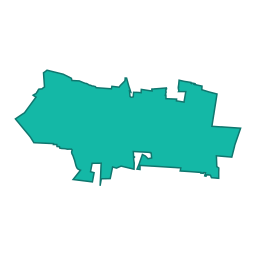 Venado, San Luis Potosí, Mexico
{"feature_id": "50627088B34430901612565", "entity_name": "Venado", "entity_type": "district", "adm_level": 2, "iso_a3": "MEX", "parent_name": "Mexico", "parent_adm1": "San Luis Potosí", "projection": "mercator", "projection_center": [-101.049, 22.921], "detail": "fine", "context": "isolated", "style": "filled", "palette": "teal", "viewbox_px": 256, "rotation_deg": 0, "n_neighbors": 0, "source": "geoboundaries", "source_scale": "gbopen_adm2", "svg_char_len": 3697}
<svg xmlns="http://www.w3.org/2000/svg" viewBox="0 0 256 256"><path d="M218.8,169.3L218.8,168.0L216.8,166.6L216.4,155.8L218.8,156.0L231.8,157.1L234.4,146.9L234.8,145.0L240.2,129.4L240.6,128.2L221.9,126.9L221.4,126.9L221.0,126.9L220.7,126.9L211.9,126.3L213.4,116.8L213.5,116.3L213.6,115.3L213.8,114.5L214.0,113.2L214.2,111.8L216.3,98.6L217.0,94.0L208.5,91.8L201.8,89.7L202.0,86.1L196.9,85.0L196.7,85.0L196.3,84.8L196.1,84.8L195.4,84.6L195.0,84.6L195.1,83.7L194.7,83.6L194.3,83.5L194.2,84.1L193.7,84.1L193.6,83.4L193.3,83.3L191.8,83.0L191.5,83.5L190.7,82.9L190.8,82.4L184.4,81.4L179.1,80.2L178.7,84.4L178.3,87.0L178.6,87.0L178.6,87.4L178.5,87.7L178.4,87.9L178.3,88.9L178.6,89.4L178.7,89.8L178.7,90.4L178.8,91.0L178.5,91.6L185.8,91.6L185.7,92.2L184.0,102.1L176.9,100.9L176.4,100.8L176.6,99.1L166.0,98.7L165.9,95.4L165.3,95.4L165.3,95.2L165.4,94.9L165.5,94.9L165.6,94.7L165.6,94.4L165.7,94.2L165.6,93.9L165.7,93.7L165.7,93.3L165.7,93.2L165.9,92.9L165.9,92.7L166.0,92.5L166.0,92.4L166.1,92.2L166.0,91.9L166.0,91.7L165.9,91.6L165.9,91.4L165.8,91.2L165.9,90.9L165.8,90.7L165.8,90.4L165.9,90.2L165.9,89.9L165.9,89.7L166.0,89.5L166.0,89.4L166.0,89.2L166.3,89.1L166.3,88.9L166.5,88.8L166.5,88.7L166.5,88.4L166.6,88.2L166.8,88.0L167.0,87.9L155.9,88.8L155.7,88.8L154.2,88.9L153.8,89.0L153.4,89.0L153.2,89.0L152.6,89.0L152.2,89.0L151.8,89.1L152.1,90.9L150.5,90.8L149.7,90.7L141.3,89.4L141.1,92.7L137.8,92.4L133.6,92.3L133.4,94.3L133.4,94.5L133.3,96.0L133.3,96.8L132.2,97.2L131.9,97.2L131.1,97.3L130.7,97.1L130.0,96.5L129.9,95.9L129.9,95.2L129.8,94.5L129.7,93.2L129.7,92.5L129.6,91.9L129.5,91.2L130.7,91.9L129.2,87.3L128.9,86.5L126.6,78.1L125.2,78.0L125.0,80.4L124.6,81.2L124.2,81.6L120.2,85.6L119.9,86.1L119.5,86.5L119.4,86.8L119.2,87.1L118.9,87.2L117.8,87.0L111.9,86.3L111.4,88.8L97.4,87.8L96.1,87.7L95.4,86.6L94.1,86.3L93.6,86.1L92.7,86.1L92.0,85.9L91.1,85.5L90.6,85.2L89.9,85.3L88.4,84.6L87.8,84.1L87.1,83.8L86.7,83.6L86.4,83.6L86.1,83.4L85.5,83.4L84.7,83.2L84.4,83.0L84.0,82.9L79.2,80.9L71.9,80.5L71.7,79.6L71.5,78.9L71.4,78.3L63.2,74.2L47.0,70.2L45.1,71.7L43.5,72.8L44.5,87.0L43.7,87.5L42.7,88.2L42.0,88.9L38.9,89.1L38.7,89.5L38.0,90.2L37.5,91.7L37.2,92.0L36.9,92.0L36.1,93.6L35.5,93.8L33.1,95.2L33.6,95.6L36.0,97.1L31.3,103.5L24.5,112.8L22.0,114.4L15.4,118.9L15.8,119.4L24.3,129.7L30.2,136.8L33.9,142.7L53.5,143.6L53.4,144.5L56.8,144.5L57.0,146.5L59.5,146.7L59.6,147.3L59.8,148.1L61.6,148.5L65.2,148.7L67.4,149.2L69.8,149.1L70.9,149.2L71.0,149.1L71.5,149.2L71.7,149.6L71.9,149.8L72.2,150.1L72.0,150.8L71.7,151.3L71.7,151.5L71.6,152.3L72.0,153.9L72.8,155.3L73.2,156.4L74.6,160.4L75.6,164.3L76.0,165.8L76.5,167.0L76.9,167.9L77.5,168.6L77.9,169.0L78.4,169.3L79.9,170.0L80.5,170.2L73.1,179.5L92.4,181.9L94.1,172.7L90.5,171.7L92.1,163.3L101.2,163.2L101.0,166.5L100.4,180.6L100.3,180.9L100.3,181.5L100.3,181.9L100.1,185.8L101.3,178.8L110.2,178.6L112.6,167.0L116.5,168.1L121.1,166.1L134.0,169.2L134.2,163.0L133.7,159.8L133.6,157.6L134.0,157.5L134.2,157.3L134.4,157.3L134.5,157.2L134.5,156.9L134.3,156.8L134.2,156.8L133.9,156.8L133.8,156.7L133.6,156.6L133.3,151.5L146.3,152.2L150.4,152.5L150.4,152.9L151.2,153.1L151.6,158.0L148.0,158.7L145.4,156.0L142.4,154.5L139.0,164.3L137.0,169.1L140.0,169.5L140.0,165.4L151.6,166.1L153.7,166.2L172.8,167.4L174.8,167.5L177.2,167.7L179.5,167.8L180.8,167.9L180.2,171.0L180.8,171.0L181.6,171.1L182.0,171.1L183.8,171.2L186.8,171.4L188.2,171.5L189.8,171.6L200.4,172.4L200.8,172.4L200.8,173.1L203.2,173.3L203.3,172.6L204.0,172.6L204.4,172.6L205.5,172.7L204.7,175.9L206.0,176.2L206.5,174.8L207.9,175.0L208.0,174.7L210.4,175.2L211.5,177.7L216.3,178.1L217.3,178.2L218.7,178.3L218.7,175.3L218.7,173.9L218.7,172.0L218.8,169.3Z" fill="#14b8a6" stroke="#0f766e" stroke-width="1.5"/></svg>